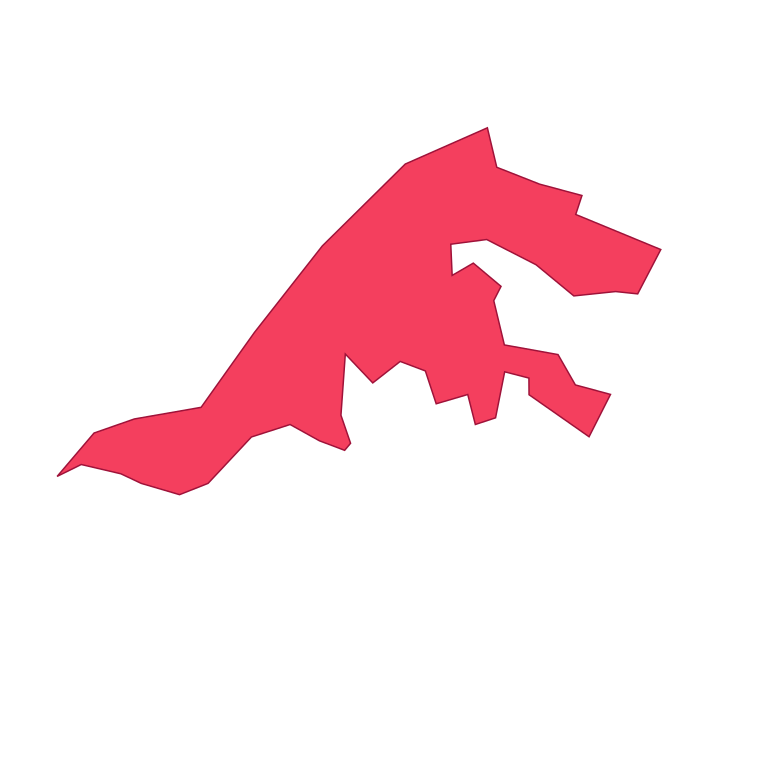 the border of Southern, rotated 310°
{"feature_id": "HKG-5156", "entity_name": "Southern", "entity_type": "state/province", "adm_level": 1, "iso_a3": "HKG", "parent_name": "Hong Kong S.A.R.", "parent_adm1": "", "projection": "natural_earth1", "projection_center": [114.195, 22.231], "detail": "fine", "context": "isolated", "style": "filled", "palette": "rose", "viewbox_px": 768, "rotation_deg": 310, "n_neighbors": 0, "source": "natural_earth", "source_scale": "10m", "svg_char_len": 807}
<svg xmlns="http://www.w3.org/2000/svg" viewBox="0 0 768 768"><g transform="rotate(310 384 384)"><path d="M646.7,298.5L622.5,331.1L637.1,374.7L655.6,414.5L637.1,421.9L664.9,509.6L616.1,520.4L603.7,502.0L573.5,472.8L573.1,423.8L560.7,369.8L534.0,345.3L511.0,366.4L534.0,374.7L534.0,410.9L518.4,414.5L491.3,451.1L518.4,498.4L506.3,531.2L521.6,564.2L475.4,575.0L469.0,502.0L481.7,491.2L470.9,468.6L429.8,491.2L411.7,480.0L429.8,454.9L402.4,436.7L420.6,407.3L411.7,381.9L377.6,374.7L382.1,335.1L332.4,371.1L317.1,396.5L307.9,396.5L299.0,371.1L292.6,338.1L258.2,316.5L194.8,313.1L167.8,298.5L151.8,261.9L146.1,240.2L127.7,203.8L103.1,193.0L160.1,193.4L196.7,215.2L248.6,258.9L298.5,254.9L340.2,251.6L401.4,249.6L450.1,248.0L566.2,258.9L646.7,298.5Z" fill="#f43f5e" stroke="#9f1239" stroke-width="1.5"/></g></svg>